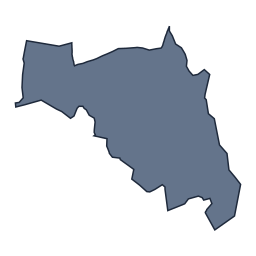 Ola Oluwa, Osun, Nigeria (Natural Earth projection)
{"feature_id": "59680162B48244867814587", "entity_name": "Ola Oluwa", "entity_type": "district", "adm_level": 2, "iso_a3": "NGA", "parent_name": "Nigeria", "parent_adm1": "Osun", "projection": "natural_earth1", "projection_center": [4.195, 7.728], "detail": "fine", "context": "isolated", "style": "filled", "palette": "slate", "viewbox_px": 256, "rotation_deg": 0, "n_neighbors": 0, "source": "geoboundaries", "source_scale": "gbopen_adm2", "svg_char_len": 1906}
<svg xmlns="http://www.w3.org/2000/svg" viewBox="0 0 256 256"><path d="M234.5,216.0L240.6,184.4L235.2,177.4L229.0,170.0L228.9,169.6L227.0,153.5L219.5,145.0L214.3,118.7L208.4,113.7L206.2,99.7L204.6,98.0L205.1,94.2L209.7,74.5L204.3,69.6L197.9,74.4L192.9,75.4L189.1,71.1L186.4,66.3L187.0,60.4L185.2,54.3L183.8,51.8L181.4,47.8L175.6,44.0L172.3,35.8L169.4,31.0L169.4,26.1L169.1,27.0L168.9,27.7L168.4,28.6L168.0,29.8L167.5,30.8L167.0,32.0L166.8,33.0L166.3,34.2L165.9,35.1L165.6,36.0L165.2,37.0L165.0,37.7L164.5,39.3L164.2,40.4L164.0,41.2L163.5,42.5L163.0,44.3L162.8,45.2L162.1,46.6L161.7,47.3L161.0,48.1L156.5,48.7L149.3,50.1L142.6,48.0L137.1,47.4L135.6,47.6L126.2,48.3L118.3,48.6L112.6,51.5L106.9,54.0L102.7,55.7L100.8,56.6L96.7,58.6L93.3,59.9L87.2,61.7L82.9,63.4L77.9,64.4L74.5,65.8L74.1,64.8L74.0,64.4L73.9,63.4L73.7,62.6L73.7,61.9L73.4,61.1L73.1,60.2L72.9,59.5L72.8,58.9L72.6,58.2L72.6,57.5L72.2,56.1L72.2,55.4L72.0,54.6L72.0,53.9L72.0,53.5L72.1,52.7L72.1,51.8L72.1,51.2L72.1,50.5L72.1,50.0L72.0,49.3L72.0,48.7L72.0,48.1L71.9,47.5L71.9,47.0L71.9,46.3L71.9,45.6L71.8,45.1L71.8,44.7L71.8,44.3L71.8,43.8L71.8,43.2L71.8,42.8L59.1,46.2L26.6,40.7L24.5,51.4L23.3,57.9L23.0,58.9L24.2,63.1L22.6,74.7L22.0,87.4L22.0,87.6L23.2,97.8L19.2,102.4L15.4,103.0L15.8,107.0L24.9,104.7L41.2,100.1L56.4,109.0L61.7,111.5L70.5,118.3L74.0,116.0L77.1,108.3L78.9,106.3L82.9,106.3L84.2,108.4L86.3,109.8L89.2,115.2L94.2,118.1L95.1,122.0L94.3,129.7L94.2,132.4L95.3,134.8L94.0,135.8L107.0,138.7L106.7,146.0L108.1,149.4L109.1,152.0L109.4,153.4L112.4,157.2L119.9,158.1L120.3,159.6L133.8,169.4L131.8,179.1L137.5,183.5L139.7,185.2L146.8,191.6L149.8,191.9L154.9,189.4L162.3,184.7L164.9,186.9L165.0,187.2L165.0,189.3L167.8,210.6L184.7,203.8L188.4,198.9L198.4,196.1L202.2,197.6L203.7,200.1L209.9,198.4L211.9,203.6L206.8,209.5L206.4,210.7L205.6,211.6L205.3,212.7L214.8,229.9L234.5,216.0Z" fill="#64748b" stroke="#1e293b" stroke-width="1.5"/></svg>